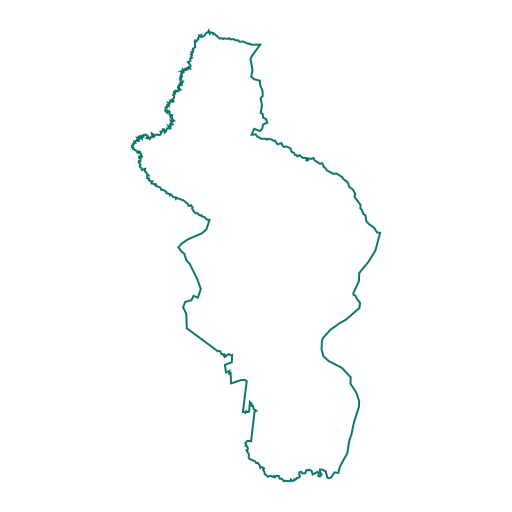 Concordia, Entre Ríos, Argentina (Equal Earth projection)
{"feature_id": "61730980B23463184159568", "entity_name": "Concordia", "entity_type": "district", "adm_level": 2, "iso_a3": "ARG", "parent_name": "Argentina", "parent_adm1": "Entre Ríos", "projection": "equal_earth", "projection_center": [-58.296, -31.285], "detail": "fine", "context": "isolated", "style": "outline", "palette": "teal", "viewbox_px": 512, "rotation_deg": 0, "n_neighbors": 0, "source": "geoboundaries", "source_scale": "gbopen_adm2", "svg_char_len": 6009}
<svg xmlns="http://www.w3.org/2000/svg" viewBox="0 0 512 512"><path d="M380.1,232.8L377.0,232.5L374.2,227.9L368.7,223.9L366.3,221.0L365.4,215.3L363.3,213.9L361.8,209.8L360.4,208.4L360.5,204.8L354.6,197.1L355.2,193.8L353.0,189.7L349.2,186.9L348.4,184.0L347.0,181.7L343.3,179.0L342.1,177.0L336.8,173.7L333.1,173.7L326.9,170.4L325.6,168.2L324.0,167.3L322.3,163.2L319.9,163.8L314.6,160.3L313.5,158.0L311.4,158.9L308.7,158.4L308.0,158.8L308.1,160.2L306.3,160.4L306.4,158.0L302.9,157.9L299.5,155.2L297.4,156.4L296.5,155.1L295.1,155.0L293.8,152.6L291.8,152.1L290.4,148.3L286.4,146.5L283.9,146.9L282.1,145.3L281.5,143.1L277.5,144.4L275.0,140.6L274.3,141.1L271.4,139.4L268.3,138.8L266.9,139.7L265.9,138.7L261.3,138.8L257.1,136.4L255.7,134.4L251.6,134.7L254.2,128.8L260.0,131.1L262.3,128.4L263.0,124.5L267.3,122.8L266.0,119.0L263.1,117.7L262.8,114.1L260.6,112.7L262.0,105.7L260.7,98.3L262.7,96.1L262.6,91.1L260.1,84.8L259.9,80.7L254.0,79.2L251.2,76.4L252.5,70.0L250.5,59.1L251.9,56.0L260.1,44.7L251.0,44.7L249.7,43.5L248.4,43.9L242.8,41.5L239.5,41.8L238.1,40.3L235.2,40.2L233.8,39.2L230.4,39.4L229.2,38.2L227.9,38.9L223.8,38.4L223.2,39.1L221.6,38.1L219.7,38.6L214.3,33.8L213.3,34.2L213.1,32.9L210.8,32.4L209.9,33.7L208.7,30.7L207.9,32.5L206.5,32.7L204.9,35.1L202.3,36.8L201.3,36.9L201.2,35.1L200.1,36.1L199.1,35.5L199.1,36.7L197.9,38.4L198.4,39.1L196.9,40.7L195.8,40.4L196.1,41.4L194.8,41.3L195.1,47.2L192.9,48.9L192.5,49.8L193.3,50.4L192.7,51.5L193.7,51.7L191.5,52.2L192.2,53.1L191.0,54.4L191.9,54.9L191.2,56.7L192.0,57.7L190.3,58.4L190.4,60.9L187.9,62.2L190.5,65.1L190.4,66.8L189.3,66.8L190.0,68.5L188.8,68.1L188.2,68.8L187.6,67.6L186.1,68.6L186.6,69.5L186.2,70.1L184.9,70.3L184.4,69.4L183.2,70.9L182.6,69.6L182.2,70.6L183.0,71.5L181.1,71.7L183.0,72.6L181.3,73.9L180.3,77.0L181.9,76.0L182.0,76.7L180.4,77.9L181.2,79.3L180.3,79.9L180.7,81.6L182.0,81.5L180.9,82.6L182.1,82.7L181.0,83.5L182.0,84.8L181.5,85.3L179.8,84.1L179.5,85.2L180.2,85.9L178.8,85.4L177.9,87.6L178.4,88.8L179.2,88.2L179.3,89.4L179.6,88.8L180.4,89.7L178.9,90.2L177.8,89.5L178.2,90.1L177.6,91.2L175.5,90.6L174.9,91.4L176.2,92.6L174.0,92.0L173.7,93.7L174.5,94.1L173.2,95.1L174.3,96.1L173.9,97.9L172.4,99.5L173.2,100.2L172.5,101.1L173.1,101.6L171.9,101.9L170.4,100.5L169.7,103.2L168.1,102.7L169.0,104.5L168.3,104.9L168.7,105.8L167.3,105.2L167.2,107.1L166.7,106.6L165.5,107.7L165.7,109.5L165.2,110.3L165.7,111.4L167.0,110.9L166.9,111.9L167.8,111.8L167.8,112.5L169.2,111.1L169.7,111.8L169.6,114.6L172.1,115.1L171.6,116.6L170.5,115.8L170.7,117.6L171.6,118.6L172.2,118.3L172.4,119.4L174.1,120.8L172.4,121.9L170.8,120.9L171.4,122.9L170.5,123.8L172.2,124.5L170.1,125.4L170.4,127.3L168.5,126.2L169.6,128.5L167.0,128.3L166.0,131.4L164.6,132.6L164.3,130.5L163.6,130.3L164.0,129.4L163.2,129.0L161.6,132.1L160.6,131.9L161.0,133.3L159.9,135.2L155.9,134.5L153.8,136.8L153.1,135.9L153.4,134.5L151.8,133.4L152.5,137.1L150.5,137.4L149.9,139.0L148.4,137.0L147.7,138.5L146.5,138.0L147.2,136.9L147.1,135.5L145.6,134.4L143.7,136.1L143.2,135.3L142.6,136.2L143.0,136.9L142.1,137.0L142.0,138.0L141.6,137.2L141.3,138.4L140.7,137.9L141.2,137.7L140.5,137.1L140.6,136.0L138.4,136.7L138.1,138.0L137.4,137.9L138.4,139.1L139.2,138.9L138.8,140.9L138.0,141.2L136.9,139.8L135.4,141.6L134.6,141.5L135.2,142.7L134.1,142.5L133.8,143.8L133.1,143.9L133.2,145.4L132.3,145.6L132.1,144.9L131.9,145.8L131.9,147.2L133.3,147.8L133.0,148.8L136.9,151.2L137.2,152.3L139.0,151.3L140.0,152.0L139.2,153.2L140.8,153.6L142.1,156.7L141.1,157.4L140.5,156.4L139.1,156.3L139.0,157.8L140.5,159.2L140.4,161.1L138.8,161.1L138.6,162.1L140.4,164.3L139.8,165.8L140.4,167.5L141.3,167.9L142.0,170.0L145.1,168.8L144.8,171.3L146.5,172.5L146.6,173.6L148.5,175.5L147.3,175.6L147.2,178.2L149.1,178.6L148.8,180.2L150.2,181.2L152.3,181.4L151.4,182.5L151.7,183.6L153.7,183.8L154.7,184.8L156.3,183.5L155.4,185.0L155.9,185.9L160.2,187.4L161.4,189.9L163.4,189.9L166.3,191.9L166.5,193.2L169.9,194.0L169.8,195.2L171.4,194.7L173.6,197.3L175.7,197.2L175.9,198.9L177.0,198.1L183.6,200.4L188.2,204.3L188.2,205.6L189.5,206.0L190.9,205.2L192.5,207.2L192.1,208.4L194.0,211.7L195.6,213.3L197.5,213.1L199.3,215.2L201.6,215.3L201.5,216.2L204.3,217.1L207.5,219.9L209.5,219.9L206.5,229.2L201.9,233.3L188.0,239.3L181.4,243.8L178.4,247.4L181.3,251.4L184.3,253.7L186.2,260.0L189.7,263.9L197.3,279.2L200.8,289.0L197.9,297.7L193.6,295.8L191.5,300.1L185.2,301.9L183.1,307.4L186.3,313.8L186.8,328.3L217.9,351.3L220.0,351.0L221.5,354.1L224.6,354.4L224.7,355.2L223.9,355.8L224.7,357.0L228.6,354.1L231.2,355.4L232.2,355.0L231.8,362.3L224.9,364.9L226.0,372.4L229.6,370.9L229.1,373.7L230.6,373.1L231.1,383.4L240.4,380.3L244.4,379.8L246.7,381.1L242.9,412.0L244.0,411.8L245.2,412.8L246.2,411.1L247.1,412.1L249.1,411.7L249.9,402.1L251.1,403.5L250.8,404.6L251.8,404.4L251.9,406.0L253.0,406.1L253.8,409.3L256.3,410.8L254.5,412.0L251.1,441.3L247.5,440.8L245.3,443.0L246.2,444.4L245.6,445.8L247.1,446.5L247.8,448.1L247.5,449.9L246.5,450.2L248.9,454.5L248.6,457.2L249.5,458.9L255.0,461.3L256.3,463.2L257.8,462.9L259.8,465.6L260.2,467.7L261.2,466.9L263.7,467.9L264.1,468.5L263.0,469.5L264.7,472.6L264.6,473.8L267.9,476.8L270.4,475.8L272.6,476.8L273.8,476.0L274.7,477.4L276.0,475.9L278.9,476.2L279.7,478.6L282.0,478.9L283.9,481.2L284.4,480.7L289.9,481.3L290.9,479.5L292.3,481.2L294.5,480.2L294.3,479.3L296.0,479.3L296.7,477.9L298.9,477.7L300.1,476.0L299.2,474.7L299.3,472.4L301.3,471.7L302.4,473.5L305.3,473.2L306.2,470.5L307.1,469.9L308.2,470.4L309.3,469.7L311.8,471.2L312.6,474.5L317.6,471.8L318.8,474.1L318.4,476.2L320.1,476.4L321.6,474.5L319.9,471.9L320.0,469.4L321.8,469.5L325.7,471.3L327.3,477.5L328.7,478.2L331.1,477.5L334.5,472.4L338.4,472.9L339.8,466.9L347.3,453.1L349.3,440.6L351.3,435.0L353.9,422.7L358.9,406.9L359.2,401.4L356.5,393.0L350.5,383.8L350.7,377.3L341.9,367.9L328.6,361.0L323.4,356.2L321.6,349.5L321.9,341.0L323.1,337.9L330.3,329.9L339.5,323.2L345.9,319.7L359.4,308.0L360.1,302.9L356.9,298.8L355.4,295.6L353.6,295.0L353.3,293.3L358.9,281.2L359.3,272.9L368.2,262.1L375.4,250.6L380.1,232.8Z" fill="none" stroke="#0f766e" stroke-width="2"/></svg>